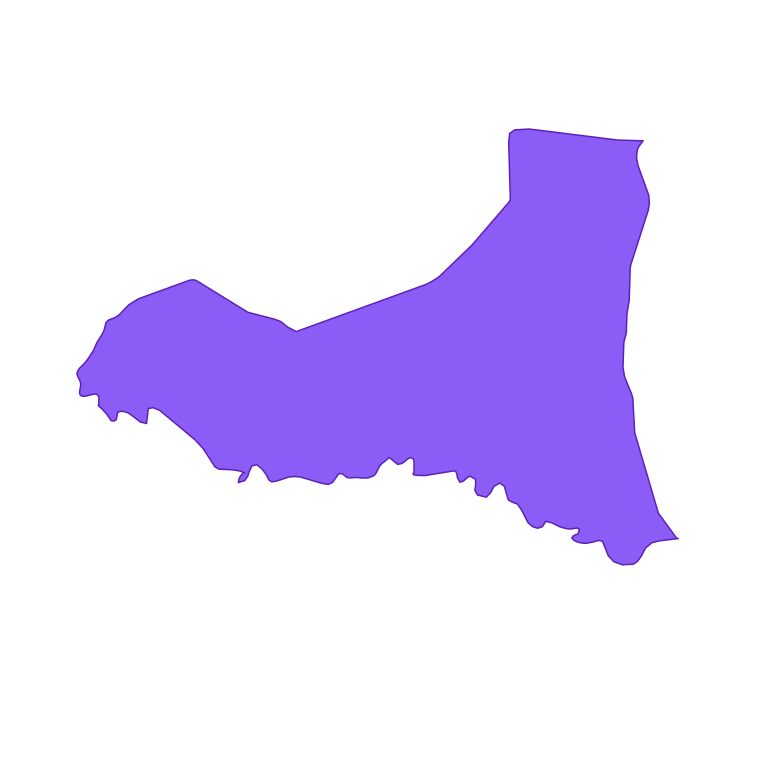 map outline of Ñeembucú (Natural Earth projection), rotated 259°
{"feature_id": "PRY-610", "entity_name": "Ñeembucú", "entity_type": "Department", "adm_level": 1, "iso_a3": "PRY", "parent_name": "Paraguay", "parent_adm1": "", "projection": "natural_earth1", "projection_center": [-58.039, -26.618], "detail": "fine", "context": "isolated", "style": "filled", "palette": "violet", "viewbox_px": 768, "rotation_deg": 259, "n_neighbors": 0, "source": "natural_earth", "source_scale": "10m", "svg_char_len": 2672}
<svg xmlns="http://www.w3.org/2000/svg" viewBox="0 0 768 768"><g transform="rotate(259 384 384)"><path d="M323.5,229.8L326.2,225.8L328.9,218.1L331.9,205.7L335.0,202.2L355.0,194.2L365.3,187.8L400.8,158.9L404.8,152.9L404.9,148.0L390.6,143.4L393.0,137.8L403.7,128.2L405.7,125.4L407.4,121.1L407.1,117.2L400.0,114.4L399.2,111.8L400.0,109.2L406.6,106.5L413.0,102.7L417.2,99.4L418.2,100.0L425.6,101.7L427.2,101.1L428.9,99.9L429.3,98.4L429.4,95.8L429.0,89.5L429.3,86.5L430.0,84.8L431.3,83.7L432.7,83.4L434.3,83.6L440.4,86.0L442.5,86.4L444.4,86.2L451.0,84.6L452.9,84.6L454.9,85.6L457.4,87.9L461.5,94.0L465.7,98.8L472.5,105.3L479.7,110.3L487.8,117.9L491.0,119.9L497.3,122.8L498.6,124.5L499.6,126.8L500.1,130.8L501.0,133.9L502.7,137.6L510.5,148.7L514.5,159.1L523.0,213.2L522.6,217.0L521.3,219.6L480.4,264.0L468.4,289.1L464.8,294.8L458.2,300.3L452.2,307.9L473.8,444.4L475.7,450.8L478.5,458.1L503.9,497.3L539.2,542.0L541.5,543.3L597.4,552.5L606.1,555.2L608.5,561.0L606.6,575.2L579.0,659.5L573.4,684.2L573.2,684.6L568.3,679.3L565.5,677.3L559.0,675.4L557.8,675.0L549.7,675.1L518.8,679.9L510.9,679.0L508.9,678.3L504.0,676.5L454.3,649.2L454.2,649.1L450.8,647.8L419.4,640.7L406.2,635.8L392.4,632.6L388.2,631.7L378.8,627.3L378.7,627.3L360.5,623.1L354.9,621.8L345.2,621.5L326.6,625.2L322.1,625.5L288.5,620.8L204.9,628.7L177.5,641.5L176.2,642.8L176.2,642.5L177.5,624.2L177.0,616.6L173.2,609.6L165.6,603.4L161.4,598.9L159.5,594.2L161.1,583.5L165.5,575.9L172.5,571.4L188.0,568.5L189.5,564.7L189.0,559.0L189.0,552.3L189.8,549.0L190.8,546.1L192.2,543.4L194.1,540.8L197.0,539.0L198.7,540.6L199.5,543.3L199.5,544.7L199.8,545.6L201.9,547.2L202.0,547.2L204.6,547.9L205.8,546.0L206.0,539.8L206.6,537.2L207.7,534.3L210.4,529.2L215.9,521.9L218.3,516.6L213.7,512.2L213.1,507.3L215.6,502.6L220.4,498.9L234.0,495.0L240.6,492.1L243.5,487.4L246.5,483.9L253.7,483.2L260.6,482.6L264.6,478.9L262.7,472.5L257.0,467.9L253.4,462.8L257.2,454.6L262.3,452.9L267.8,454.8L273.0,455.7L277.2,450.8L276.1,447.8L273.6,443.6L273.1,439.8L278.2,438.2L282.0,438.3L284.3,437.8L285.4,435.9L286.3,407.1L287.7,400.0L289.2,395.8L290.2,395.4L291.8,396.6L301.5,398.6L305.1,398.4L306.7,396.1L305.9,392.8L304.1,389.8L302.6,386.5L302.5,382.1L303.7,381.0L308.9,376.8L310.9,374.5L309.2,372.5L306.5,367.2L304.6,364.4L297.7,358.9L296.0,356.8L294.8,350.5L295.8,344.9L297.5,339.1L298.3,332.7L299.3,329.8L303.6,326.2L304.6,322.4L297.2,314.8L296.1,310.1L298.2,304.3L308.5,284.5L310.1,279.2L310.9,273.1L309.3,261.2L309.3,255.2L311.8,252.6L316.7,251.4L323.7,248.2L329.0,243.8L328.8,238.8L324.3,235.3L319.4,232.6L315.8,228.9L315.1,222.3L318.2,223.5L320.6,225.1L322.4,227.2L323.5,229.8Z" fill="#8b5cf6" stroke="#5b21b6" stroke-width="1.5"/></g></svg>